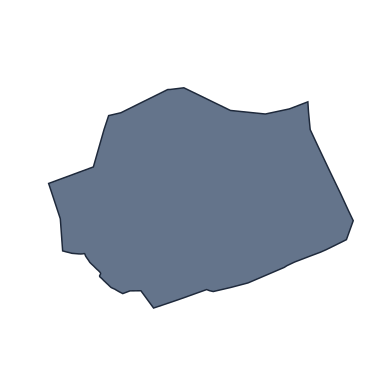 the district of Bayancagaan, Töv, Mongolia, rotated 160°
{"feature_id": "93677404B41930785944412", "entity_name": "Bayancagaan", "entity_type": "district", "adm_level": 2, "iso_a3": "MNG", "parent_name": "Mongolia", "parent_adm1": "Töv", "projection": "orthographic", "projection_center": [107.531, 46.744], "detail": "fine", "context": "isolated", "style": "filled", "palette": "slate", "viewbox_px": 384, "rotation_deg": 160, "n_neighbors": 0, "source": "geoboundaries", "source_scale": "gbopen_adm2", "svg_char_len": 1450}
<svg xmlns="http://www.w3.org/2000/svg" viewBox="0 0 384 384"><g transform="rotate(160 192 192)"><path d="M206.1,91.2L187.8,89.0L170.4,87.4L131.1,89.6L128.0,90.3L119.5,91.1L102.3,91.4L91.9,91.5L85.8,91.9L63.2,94.4L50.3,109.9L51.4,121.2L52.9,139.2L55.4,164.2L58.0,192.0L59.6,210.2L55.2,227.2L52.3,237.1L72.2,236.8L96.4,240.2L128.0,255.5L164.0,292.7L177.4,295.8L179.8,296.6L211.2,293.1L231.7,290.8L244.2,292.3L253.2,280.9L276.1,249.3L323.8,249.1L324.9,211.9L333.7,180.9L333.4,180.7L333.1,180.5L331.3,179.2L330.6,178.7L328.9,177.6L327.3,176.5L325.9,175.5L324.7,174.9L324.4,174.8L324.2,174.7L322.5,173.9L320.7,173.1L319.9,172.7L318.7,172.2L317.4,171.7L316.6,171.5L315.7,171.2L314.8,171.1L314.5,171.1L314.2,170.9L314.0,170.7L313.9,170.2L313.9,169.9L313.9,169.1L313.9,168.4L313.8,167.8L313.4,166.1L313.2,165.4L312.7,163.6L312.3,161.8L312.1,160.9L311.3,159.1L309.8,156.2L308.7,153.8L307.9,152.1L307.1,150.7L306.3,149.0L305.8,147.8L305.7,147.4L305.7,147.1L305.7,146.8L305.8,146.6L306.0,146.2L306.6,145.7L306.9,145.4L307.2,145.2L307.4,145.0L307.6,144.6L307.6,144.3L307.6,144.0L307.6,143.8L307.2,143.1L306.1,141.0L305.1,138.7L304.6,137.8L303.5,135.5L302.6,133.8L301.8,132.1L301.1,130.7L300.8,130.1L300.6,129.9L300.3,129.5L297.6,126.9L297.1,126.2L296.6,125.6L295.6,124.4L294.5,123.1L292.7,121.2L291.8,120.2L284.1,120.3L273.8,116.7L267.8,96.1L247.6,95.6L242.4,95.5L211.6,95.3L209.3,93.3L206.1,91.2Z" fill="#64748b" stroke="#1e293b" stroke-width="1.5"/></g></svg>